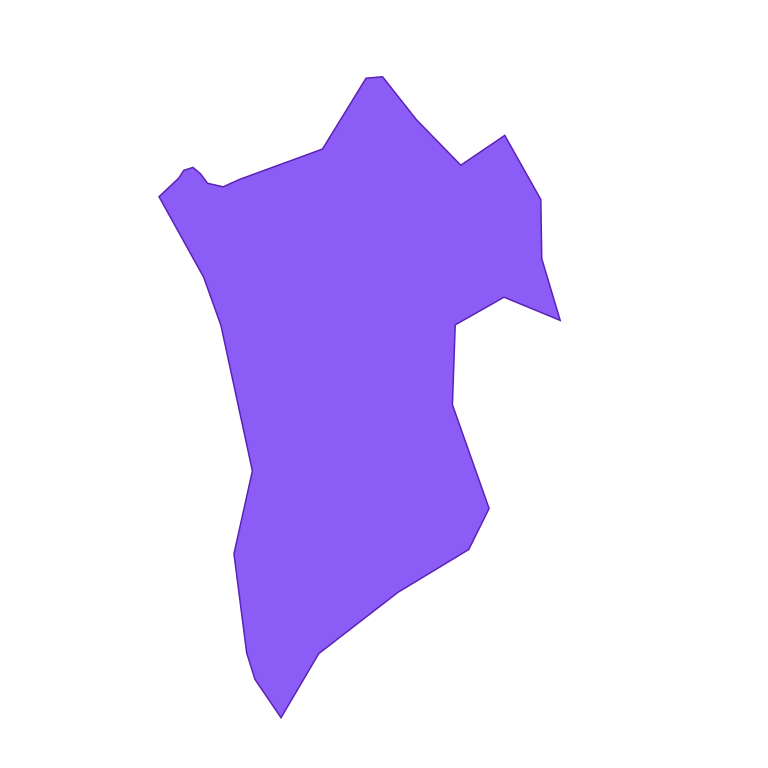 the border of Jaunpils, rotated 77°
{"feature_id": "LVA-5763", "entity_name": "Jaunpils", "entity_type": "Municipality", "adm_level": 1, "iso_a3": "LVA", "parent_name": "Latvia", "parent_adm1": "", "projection": "natural_earth1", "projection_center": [22.921, 56.775], "detail": "fine", "context": "isolated", "style": "filled", "palette": "violet", "viewbox_px": 768, "rotation_deg": 77, "n_neighbors": 0, "source": "natural_earth", "source_scale": "10m", "svg_char_len": 552}
<svg xmlns="http://www.w3.org/2000/svg" viewBox="0 0 768 768"><g transform="rotate(77 384 384)"><path d="M615.1,578.3L515.7,568.4L439.1,531.8L290.2,529.7L239.4,535.7L150.9,561.1L137.2,537.6L130.8,531.1L130.0,521.4L138.1,515.4L148.7,510.8L155.7,496.5L152.1,478.5L141.2,391.1L82.0,332.7L84.3,316.3L133.5,293.1L188.1,260.0L168.9,210.4L239.6,189.7L297.4,202.1L361.7,198.0L326.4,247.6L342.4,301.3L419.6,322.0L528.9,309.6L564.3,338.6L590.1,417.2L632.0,508.2L686.0,559.4L642.7,576.2L615.1,578.3Z" fill="#8b5cf6" stroke="#5b21b6" stroke-width="1.5"/></g></svg>